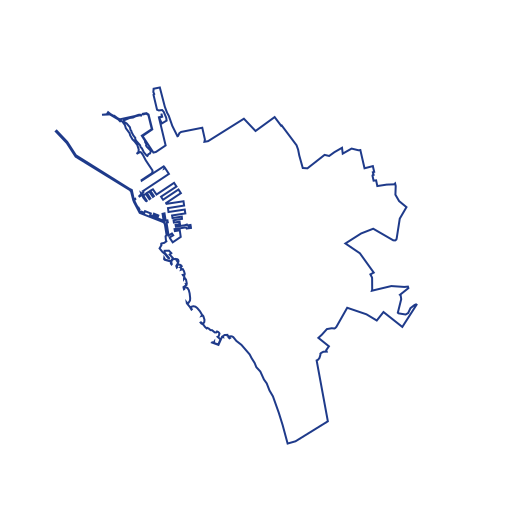 Constanta, Constanta, Romania, rotated 164°
{"feature_id": "2599482B843815366907", "entity_name": "Constanta", "entity_type": "district", "adm_level": 2, "iso_a3": "ROU", "parent_name": "Romania", "parent_adm1": "Constanta", "projection": "albers", "projection_center": [28.637, 44.187], "detail": "fine", "context": "isolated", "style": "outline", "palette": "blue", "viewbox_px": 512, "rotation_deg": 164, "n_neighbors": 0, "source": "geoboundaries", "source_scale": "gbopen_adm2", "svg_char_len": 6160}
<svg xmlns="http://www.w3.org/2000/svg" viewBox="0 0 512 512"><g transform="rotate(164 256 256)"><path d="M134.5,332.9L144.4,330.5L143.5,336.3L152.0,334.2L158.1,332.0L162.2,334.3L182.4,326.1L186.8,327.7L186.7,340.7L186.2,346.7L186.5,351.3L195.3,374.4L195.9,374.2L199.8,384.4L222.0,376.3L229.8,391.3L270.4,379.6L274.1,380.0L273.0,382.1L272.3,394.1L293.8,395.9L295.8,395.2L297.8,392.9L298.5,392.8L300.6,404.2L301.2,414.8L302.0,418.3L302.5,424.6L302.0,444.5L308.3,445.0L309.5,441.9L309.2,439.7L310.1,439.2L310.8,423.9L309.3,422.7L306.0,422.2L305.0,420.2L304.2,413.8L304.6,410.8L309.9,409.4L310.8,414.1L310.8,415.6L307.8,415.7L307.7,419.0L308.0,416.0L311.1,416.1L312.4,387.2L323.5,383.6L326.1,383.7L332.0,402.6L320.8,406.3L320.3,421.6L321.9,423.5L325.7,423.9L325.9,423.5L325.6,423.2L322.3,423.1L320.6,421.2L321.2,406.7L332.6,403.1L330.9,397.3L331.2,396.2L330.6,393.5L331.2,392.5L330.9,391.2L328.2,386.3L328.5,385.3L329.6,383.8L331.4,383.5L332.8,382.1L333.4,382.6L335.2,386.6L336.0,391.0L336.9,392.4L336.9,394.4L339.3,399.5L339.9,401.6L339.5,402.8L340.7,405.8L341.4,409.1L341.4,410.7L341.9,411.7L341.7,414.5L343.7,418.9L345.9,421.4L346.0,422.1L345.7,422.8L339.5,423.5L336.0,423.0L333.2,423.5L329.2,423.3L327.8,422.7L327.6,423.1L328.5,423.8L330.0,424.1L333.8,423.9L349.1,424.9L351.1,426.6L353.6,429.9L354.4,430.1L356.8,432.6L358.5,435.0L359.3,434.3L358.0,432.9L365.1,434.2L357.5,432.4L350.7,425.2L349.5,422.9L348.2,422.9L347.4,422.1L345.9,418.0L345.9,414.8L343.7,408.9L343.7,406.6L342.6,402.2L341.1,399.5L339.5,395.4L339.4,390.6L340.4,388.3L342.6,387.1L338.7,387.9L337.8,387.1L336.8,384.2L335.6,378.3L332.0,367.0L332.0,366.2L333.0,364.5L333.9,364.0L345.1,360.5L345.1,359.9L320.0,367.6L319.4,366.3L320.0,365.5L319.2,365.7L317.1,358.9L346.6,349.6L346.3,349.3L346.8,348.1L347.9,347.8L347.9,347.1L348.4,346.9L349.2,348.1L349.2,346.7L350.9,346.3L351.7,345.8L351.5,345.3L348.6,346.1L348.3,343.3L346.7,339.3L346.2,338.9L345.8,339.1L347.7,345.2L344.8,346.1L342.8,340.0L341.7,340.4L343.5,346.7L340.8,347.4L338.8,341.2L337.6,341.7L339.6,347.8L338.6,348.1L336.7,348.5L334.7,342.5L314.6,348.9L313.3,344.7L330.9,339.2L330.5,337.7L329.8,335.7L312.2,341.3L310.9,337.1L328.5,331.5L328.0,331.5L328.0,331.0L328.4,330.9L310.6,328.6L311.2,324.3L327.4,326.3L328.0,322.4L311.7,320.3L312.2,316.4L325.5,318.1L325.8,315.5L316.5,314.3L316.9,312.1L325.4,313.1L325.7,310.8L320.0,310.0L320.2,308.8L320.6,308.9L320.6,308.6L320.2,308.5L320.3,307.5L324.7,308.1L324.9,306.3L316.1,305.2L313.8,305.3L313.7,304.3L310.4,303.9L310.6,302.3L313.5,302.7L310.6,302.1L310.8,300.9L315.0,301.5L315.0,302.0L316.1,302.9L326.9,304.3L327.1,302.3L322.2,301.7L323.1,295.1L332.3,292.1L334.0,297.4L334.7,297.4L329.9,298.7L330.6,300.8L334.4,299.8L332.8,312.8L331.5,312.7L331.3,314.7L333.1,315.0L332.2,322.2L334.2,322.3L334.9,316.6L334.5,316.5L334.8,315.2L340.5,319.5L338.7,321.9L339.3,322.4L341.0,320.1L342.6,321.3L340.9,323.6L342.4,324.8L344.1,322.6L346.5,324.4L345.4,325.9L350.3,329.7L351.8,327.8L353.0,328.7L352.8,329.4L353.9,330.2L354.4,329.7L355.6,330.8L355.8,332.6L355.2,332.9L355.6,334.8L356.3,334.9L356.3,336.2L356.7,337.1L357.8,343.0L356.3,343.9L356.4,344.4L357.9,344.1L357.2,353.7L359.0,355.3L401.4,402.5L406.0,417.7L413.1,431.4L414.1,430.9L406.7,416.7L402.0,401.2L359.1,354.2L358.3,352.3L358.6,343.8L358.4,341.5L355.9,329.5L336.1,314.4L335.0,313.0L334.9,311.2L336.2,300.7L337.5,299.9L338.2,296.2L338.1,294.8L340.7,293.9L343.4,294.1L343.9,293.7L343.9,292.5L346.6,289.9L344.8,285.7L342.8,282.7L340.6,277.6L340.8,277.3L340.1,277.9L342.9,284.2L342.4,286.2L338.2,285.1L336.6,282.1L338.6,281.2L336.5,277.0L339.0,274.5L343.9,277.2L344.5,277.8L344.8,279.3L345.2,278.4L344.8,277.5L339.3,274.1L339.9,272.2L339.5,271.2L339.2,271.4L339.1,273.8L337.3,275.7L334.4,275.5L332.4,274.5L331.9,273.8L331.9,272.4L332.6,271.9L333.1,272.3L332.7,270.9L335.4,268.4L335.3,266.7L334.9,266.9L334.7,268.4L333.5,269.2L331.6,268.6L330.4,267.4L330.3,266.5L331.9,266.0L331.5,265.7L331.4,264.0L331.8,263.5L330.0,263.6L329.4,261.2L329.4,258.6L329.8,257.7L330.5,257.3L331.1,258.0L331.6,258.0L331.4,257.3L330.6,256.8L330.7,255.1L331.3,254.7L331.5,253.9L330.9,254.4L330.3,254.0L329.8,252.4L330.1,248.7L330.5,247.9L331.1,248.2L331.0,247.2L334.3,246.1L334.4,244.5L334.4,243.9L334.1,244.0L333.9,245.7L333.1,245.7L330.7,244.2L330.0,241.7L330.1,238.3L330.9,233.6L331.7,231.4L333.9,229.5L334.9,229.2L335.4,230.4L335.5,229.6L333.6,225.2L332.8,222.3L332.4,222.5L333.0,224.3L332.2,225.0L330.1,225.0L328.2,224.0L326.8,222.1L325.1,218.3L324.0,214.1L324.8,213.4L323.5,213.4L323.2,212.7L323.1,208.9L323.9,206.8L325.7,205.3L327.2,207.4L327.6,207.3L327.2,206.3L325.5,204.5L324.7,202.1L323.4,200.0L322.6,200.3L321.3,199.1L320.2,197.3L318.7,196.8L316.7,193.9L315.2,193.5L314.3,194.2L313.2,193.3L312.6,192.1L312.5,191.4L313.5,190.0L314.3,188.9L315.1,188.8L313.1,185.6L316.1,182.0L317.2,181.8L318.5,182.6L320.3,184.0L320.0,184.9L320.6,184.4L321.8,185.1L322.1,184.9L316.6,180.9L311.0,187.6L310.1,187.1L310.2,187.9L308.0,188.7L305.3,188.1L305.5,187.4L304.6,186.6L304.9,185.5L304.2,184.2L303.8,184.3L304.2,184.9L304.0,185.4L302.9,185.9L301.5,185.5L300.2,184.3L298.3,179.8L294.5,174.6L289.2,163.1L288.4,159.1L286.8,153.6L286.3,149.0L283.7,143.8L282.4,135.1L280.8,130.6L280.1,123.0L278.4,116.4L277.3,99.0L277.0,86.0L277.3,67.0L269.1,67.0L232.5,77.3L226.5,138.9L224.9,139.2L223.1,140.5L221.3,143.3L221.0,144.4L219.9,144.9L217.6,145.4L214.4,144.6L214.5,146.1L210.8,149.1L218.6,160.1L214.4,162.2L208.0,166.2L203.1,165.7L200.6,164.7L199.7,164.9L198.3,165.7L182.6,181.1L165.9,169.5L157.7,160.7L148.9,167.0L134.9,147.5L115.1,164.9L115.5,165.4L117.1,165.2L121.9,163.3L125.5,159.2L128.3,158.5L134.8,161.6L135.3,162.4L128.3,174.5L127.8,178.3L128.3,179.0L118.4,183.1L118.4,184.7L122.0,185.4L134.2,189.8L154.2,190.7L153.6,191.6L150.6,202.3L150.4,203.3L151.1,206.8L147.4,207.6L155.4,230.0L166.6,243.4L148.7,248.7L135.8,249.9L119.7,233.2L117.8,232.6L116.5,233.2L115.8,234.4L107.5,252.3L97.9,261.5L103.3,269.3L105.1,276.5L102.4,284.8L102.3,287.4L103.4,286.8L110.7,288.6L120.1,289.8L119.7,295.6L122.2,296.0L121.9,301.1L121.5,301.6L120.6,301.6L120.6,304.3L119.2,304.3L118.9,310.2L127.5,310.4L126.5,329.1L128.2,329.3L134.5,332.9Z" fill="none" stroke="#1e3a8a" stroke-width="2"/></g></svg>